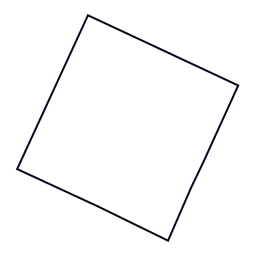 Lake, Michigan, United States of America (Mercator projection), rotated 205°
{"feature_id": "52423323B68600605298438", "entity_name": "Lake", "entity_type": "district", "adm_level": 2, "iso_a3": "USA", "parent_name": "United States of America", "parent_adm1": "Michigan", "projection": "mercator", "projection_center": [-85.866, 43.991], "detail": "fine", "context": "isolated", "style": "outline", "palette": "ink", "viewbox_px": 256, "rotation_deg": 205, "n_neighbors": 0, "source": "geoboundaries", "source_scale": "gbopen_adm2", "svg_char_len": 254}
<svg xmlns="http://www.w3.org/2000/svg" viewBox="0 0 256 256"><g transform="rotate(205 128 128)"><path d="M121.6,44.2L44.1,42.8L45.6,101.0L45.3,128.9L46.1,213.1L211.9,213.2L211.1,43.9L121.6,44.2Z" fill="none" stroke="#020617" stroke-width="2"/></g></svg>